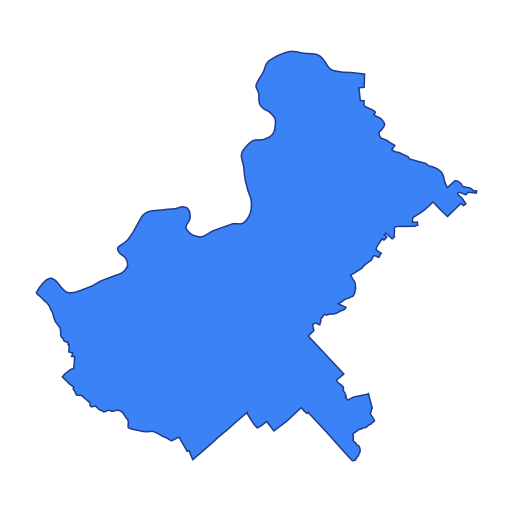 Go Dau, Tây Ninh, Vietnam, rotated 92°
{"feature_id": "81297802B39580963826669", "entity_name": "Go Dau", "entity_type": "district", "adm_level": 2, "iso_a3": "VNM", "parent_name": "Vietnam", "parent_adm1": "Tây Ninh", "projection": "orthographic", "projection_center": [106.266, 11.16], "detail": "fine", "context": "isolated", "style": "filled", "palette": "blue", "viewbox_px": 512, "rotation_deg": 92, "n_neighbors": 0, "source": "geoboundaries", "source_scale": "gbopen_adm2", "svg_char_len": 6082}
<svg xmlns="http://www.w3.org/2000/svg" viewBox="0 0 512 512"><g transform="rotate(92 256 256)"><path d="M289.8,453.1L287.2,455.8L285.5,459.0L285.4,460.0L285.6,461.2L286.3,463.2L287.5,465.0L290.3,467.8L295.4,471.6L300.4,474.2L302.0,473.1L303.1,471.3L306.5,467.5L308.3,465.9L309.1,464.4L312.1,461.6L314.6,460.0L316.5,459.4L318.3,458.1L320.1,457.2L323.4,456.3L328.6,454.2L334.6,449.3L338.8,448.5L341.6,448.5L342.6,448.2L344.1,447.4L345.7,445.5L347.2,445.3L348.0,444.1L348.5,442.7L348.7,440.9L351.2,440.7L351.3,439.6L358.4,439.7L359.4,435.7L362.9,436.8L362.8,433.8L372.8,434.0L373.2,434.3L374.6,434.1L375.0,434.3L375.7,437.2L380.8,443.2L383.6,445.3L390.5,437.8L393.5,433.3L394.7,434.1L395.5,434.0L397.9,432.2L399.0,431.6L400.8,431.0L401.2,430.2L401.5,425.5L408.3,417.1L408.9,416.8L411.4,416.6L411.9,416.2L412.5,414.9L411.9,412.7L411.8,410.9L415.4,406.7L415.9,404.6L417.2,402.7L416.7,400.8L415.7,399.5L415.4,398.2L415.5,396.3L416.2,395.2L416.2,394.3L416.2,393.6L415.1,390.0L415.0,389.1L415.2,386.8L415.7,385.7L418.0,383.0L419.1,382.4L421.7,380.6L424.6,378.1L427.1,377.8L431.3,377.9L431.7,377.8L432.3,377.0L432.8,375.8L433.5,373.2L434.7,366.1L435.2,364.4L435.5,358.8L434.9,354.8L435.0,352.2L436.7,348.0L439.8,342.3L440.6,339.7L443.6,334.2L442.8,332.2L441.1,329.4L439.8,326.2L442.1,325.1L453.6,318.0L452.7,316.2L461.8,312.1L443.4,292.3L438.8,287.8L431.3,279.3L421.8,269.4L412.6,259.4L414.0,259.2L421.3,254.3L425.2,251.3L427.8,248.7L426.6,246.7L424.7,243.9L421.0,239.6L430.2,232.0L420.0,219.5L406.0,205.6L409.4,202.3L411.6,199.5L410.4,198.6L429.7,179.2L449.5,160.3L457.3,152.5L456.6,149.9L456.3,149.3L455.4,149.4L454.5,148.3L453.2,148.3L452.8,148.2L452.5,147.0L452.2,146.8L450.9,146.3L449.8,146.2L448.4,145.2L445.5,145.2L444.2,145.6L442.3,146.6L441.6,147.6L441.2,148.9L439.8,149.6L438.5,150.8L438.1,151.7L436.8,152.6L436.3,152.7L435.4,152.2L434.4,152.7L432.8,152.3L431.3,153.0L430.5,152.9L428.7,150.9L427.7,149.3L425.7,147.1L425.3,144.8L423.9,142.8L423.9,142.0L423.4,139.8L422.9,139.3L421.9,138.8L421.3,137.5L420.6,136.7L420.0,135.4L418.8,134.4L417.6,132.6L416.3,131.8L409.2,136.5L407.7,135.5L404.7,135.1L404.0,134.5L389.6,138.9L390.4,140.3L393.0,151.4L393.8,154.1L395.3,156.7L396.8,158.8L394.2,161.8L393.3,160.9L390.2,162.2L387.8,163.8L384.2,164.1L383.5,164.5L381.8,166.4L380.0,169.1L378.7,170.5L377.1,171.2L370.9,164.1L334.1,201.0L328.6,195.6L327.5,195.8L322.8,197.1L320.8,194.8L320.8,194.2L322.6,189.9L319.0,189.0L318.4,189.0L317.5,189.2L316.5,188.9L311.8,185.3L312.6,183.6L311.5,180.2L311.3,177.0L310.7,174.5L310.1,173.1L307.6,168.9L307.0,167.0L306.4,166.0L305.6,165.1L304.2,164.2L300.9,172.1L298.9,168.7L296.8,166.5L295.7,164.5L294.7,161.6L293.3,159.4L293.1,158.2L292.7,157.7L290.8,156.5L289.5,156.1L285.1,155.3L280.0,155.9L278.2,156.5L275.7,158.5L273.2,159.9L271.9,160.9L268.6,155.7L264.5,149.8L263.7,149.0L262.6,148.6L261.8,147.5L259.7,145.4L256.6,141.2L255.4,140.2L252.3,138.9L251.8,138.3L251.7,136.9L251.9,136.0L253.1,133.9L252.9,133.1L252.6,132.9L252.1,132.5L250.6,132.2L249.0,130.9L245.7,136.2L244.9,135.9L243.6,136.0L243.0,135.9L234.3,130.5L235.7,128.8L232.9,126.1L232.4,125.9L230.3,128.5L228.7,127.0L230.7,124.4L234.1,120.6L234.1,120.3L231.9,118.3L231.4,118.5L229.1,118.6L225.5,118.4L223.9,119.0L222.1,118.0L221.5,115.9L221.4,113.9L221.4,111.1L220.7,98.2L220.5,97.6L220.1,97.3L219.6,95.4L216.5,95.9L216.9,100.8L212.2,100.7L206.7,92.5L204.1,89.2L199.6,84.5L195.8,81.0L204.1,72.5L209.9,66.0L196.2,53.0L198.3,50.7L198.4,50.3L196.5,48.1L191.5,51.7L187.3,56.4L186.7,56.8L186.1,56.6L185.6,56.0L185.3,55.1L185.4,54.4L187.4,48.7L187.2,48.2L184.9,46.1L185.4,38.0L183.1,37.8L183.4,40.6L181.0,43.6L180.4,45.4L179.5,51.1L179.2,51.7L178.6,52.4L176.4,53.7L174.6,56.3L173.9,57.8L173.9,59.9L180.8,67.0L179.8,67.8L176.5,69.5L172.8,70.7L170.7,71.1L166.8,72.8L165.4,73.9L162.4,78.1L160.4,83.3L160.2,85.9L159.7,86.8L157.9,89.1L157.3,90.4L156.0,96.5L153.7,105.8L153.3,106.4L151.7,107.3L151.4,107.7L149.4,112.7L147.6,116.4L147.2,119.5L146.5,121.5L145.1,124.0L140.8,121.1L139.9,122.3L138.2,125.9L135.8,129.2L135.2,131.2L134.2,133.7L134.0,135.0L131.6,136.7L128.2,137.6L125.8,135.1L122.7,133.0L121.0,132.2L119.8,132.1L118.1,132.7L115.7,134.6L113.8,136.8L113.1,138.3L112.9,139.1L111.7,141.6L110.6,143.2L108.9,141.9L108.2,141.8L107.6,142.1L107.0,142.7L105.5,145.6L102.9,152.0L102.1,153.1L100.4,153.4L97.0,153.4L97.1,157.2L84.3,159.0L83.6,153.8L70.4,153.8L69.3,167.2L69.3,175.9L68.0,185.1L66.7,187.9L65.6,189.3L63.6,191.1L60.3,193.2L55.7,197.0L54.0,199.0L52.9,201.2L52.4,202.6L52.0,206.0L51.8,214.3L51.5,217.3L50.5,222.1L50.2,227.5L50.6,229.9L51.7,233.8L55.0,241.4L59.3,248.2L61.0,250.4L63.3,252.1L65.4,253.1L70.6,254.6L74.3,256.3L78.8,259.1L84.3,261.7L86.6,261.9L88.0,261.5L91.0,259.9L94.0,258.8L99.3,258.6L102.7,258.1L105.3,256.9L107.3,255.1L108.9,253.1L111.2,248.2L113.3,245.7L116.7,242.5L118.5,241.7L121.1,241.2L124.4,241.3L129.7,241.9L132.5,243.0L134.0,243.9L135.1,245.0L136.6,246.7L139.1,251.9L139.7,254.3L140.0,260.3L140.3,261.7L141.1,263.6L144.3,267.4L148.4,270.9L151.7,273.1L154.6,274.0L156.3,274.2L158.5,273.8L161.3,273.1L164.3,272.1L167.9,271.3L173.2,270.7L181.0,269.3L190.8,266.4L198.2,263.3L201.1,262.7L204.2,262.4L208.6,262.4L212.4,263.0L216.1,264.3L219.7,266.3L221.9,268.2L223.6,270.0L224.5,272.6L224.4,279.7L224.9,281.1L232.7,300.7L236.4,306.2L237.8,308.6L238.6,310.6L238.9,312.8L238.7,314.8L237.3,319.9L236.1,322.0L233.9,324.5L231.4,326.6L230.2,326.9L229.1,327.0L227.6,326.6L226.1,325.8L223.4,324.1L221.1,323.3L218.9,323.1L214.2,323.8L212.2,324.9L210.8,326.1L210.1,327.2L209.5,329.6L209.3,331.2L209.7,333.0L211.6,338.4L212.6,347.7L213.4,352.5L214.2,359.6L214.6,362.1L215.6,365.4L216.6,367.3L218.3,369.6L220.6,371.6L236.5,379.7L239.8,381.7L244.3,384.8L247.1,387.6L250.3,392.2L251.7,393.8L252.3,394.2L253.1,394.4L254.5,394.5L256.0,393.8L258.2,392.1L261.5,387.4L262.6,386.2L265.9,384.6L268.5,384.0L270.5,384.1L272.5,385.1L275.1,386.7L277.0,388.7L278.4,390.9L281.9,399.7L286.2,409.8L288.5,413.8L291.6,418.5L295.6,428.0L296.6,430.1L297.4,432.6L298.5,434.9L299.3,440.0L299.1,442.4L298.6,444.4L296.3,447.3L294.0,449.7L289.8,453.1Z" fill="#3b82f6" stroke="#1e3a8a" stroke-width="1.5"/></g></svg>